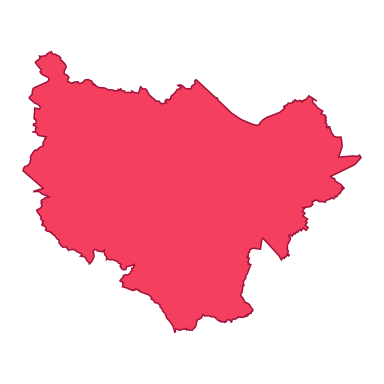 outline of Ameca, Jalisco, Mexico
{"feature_id": "50627088B91562920030226", "entity_name": "Ameca", "entity_type": "district", "adm_level": 2, "iso_a3": "MEX", "parent_name": "Mexico", "parent_adm1": "Jalisco", "projection": "mercator", "projection_center": [-104.087, 20.535], "detail": "fine", "context": "isolated", "style": "filled", "palette": "rose", "viewbox_px": 384, "rotation_deg": 0, "n_neighbors": 0, "source": "geoboundaries", "source_scale": "gbopen_adm2", "svg_char_len": 5861}
<svg xmlns="http://www.w3.org/2000/svg" viewBox="0 0 384 384"><path d="M214.7,96.9L196.3,79.8L195.2,80.3L194.7,81.1L195.4,83.5L191.9,86.0L190.9,88.8L185.8,88.7L181.8,85.3L179.6,84.9L177.9,85.3L181.1,87.7L179.5,89.1L177.5,89.2L174.6,93.2L171.3,95.9L170.2,99.4L169.4,99.2L168.6,100.0L166.7,99.3L165.4,100.3L165.1,101.2L166.5,102.3L166.4,102.9L165.5,102.7L162.4,103.9L160.2,102.7L159.0,101.1L155.6,101.3L155.7,100.5L149.0,94.7L146.6,89.8L145.1,88.8L143.0,89.0L140.5,86.8L138.6,93.1L135.3,92.8L131.7,91.0L131.4,92.5L126.1,92.5L124.3,91.6L124.4,91.1L121.4,90.4L120.9,88.8L119.8,89.5L118.2,89.5L118.5,90.6L114.1,90.8L112.6,89.8L108.1,89.8L105.6,88.3L102.9,87.7L99.2,87.7L95.5,85.6L95.1,84.8L93.3,85.0L93.1,84.4L93.7,83.7L93.0,83.4L91.7,81.1L88.1,79.5L84.8,80.0L83.5,81.8L80.1,83.6L78.1,82.5L78.1,81.7L74.0,82.2L71.2,83.4L70.0,82.2L67.8,81.9L67.8,79.5L69.0,77.4L67.2,75.2L64.3,73.8L64.0,73.2L64.5,70.5L66.2,67.1L65.4,64.5L61.9,60.7L60.9,60.4L60.4,59.6L60.8,58.1L59.1,56.1L56.4,55.2L55.8,54.2L52.8,54.3L51.3,51.8L51.0,52.6L49.7,52.2L46.9,54.0L46.3,55.5L41.3,56.4L39.5,56.1L40.3,57.5L39.6,57.9L39.6,59.0L35.9,61.5L35.3,62.6L41.3,70.1L41.0,72.1L40.2,71.9L40.4,72.6L42.3,74.6L48.6,77.7L48.8,80.2L47.2,81.9L33.5,88.1L32.6,89.8L32.0,94.6L29.3,97.3L29.5,98.6L34.8,103.1L38.2,104.6L40.4,107.2L39.5,109.1L34.8,108.0L34.0,118.7L34.5,119.2L35.4,118.9L36.3,122.2L35.4,123.6L33.5,123.9L33.4,125.4L35.7,126.1L36.6,127.6L35.5,128.2L35.7,129.5L34.9,131.9L32.3,131.8L35.7,132.4L37.3,133.4L37.6,134.7L38.9,135.6L45.4,136.6L45.8,136.7L45.3,137.8L46.0,137.5L43.1,142.4L42.9,144.1L43.5,145.6L39.6,147.5L36.7,150.4L36.0,149.8L34.3,150.6L30.8,155.9L30.4,157.4L31.0,159.5L30.1,161.0L30.1,162.7L27.8,165.6L24.8,166.6L23.7,168.1L23.0,170.8L43.2,188.3L34.2,191.1L33.9,191.6L38.9,191.4L42.6,194.4L47.6,195.9L49.1,197.0L45.2,197.6L44.8,198.6L41.9,199.8L41.1,200.9L42.0,202.1L41.1,202.6L41.9,206.4L39.2,209.1L38.0,209.2L36.7,210.2L38.2,213.3L41.4,217.2L40.7,218.4L41.0,219.3L43.4,221.6L42.4,221.9L42.5,223.3L43.0,223.9L41.9,224.4L42.1,225.2L45.1,226.6L46.3,227.9L46.1,229.2L45.4,229.6L46.3,230.6L48.1,231.6L49.5,231.4L51.2,233.0L51.8,232.5L52.6,234.2L54.9,235.8L57.2,239.0L58.9,239.9L59.2,243.3L62.7,247.2L66.1,246.9L68.6,250.4L69.1,249.8L74.0,249.5L77.2,251.8L81.4,253.8L82.1,254.7L80.5,256.1L84.5,256.9L85.4,257.7L87.3,261.0L89.5,263.2L88.9,264.5L91.9,261.3L93.9,257.1L94.0,254.6L93.1,251.3L95.0,249.4L96.5,249.9L97.3,250.9L102.3,251.8L104.3,250.1L104.1,252.0L104.8,254.7L106.6,256.8L106.5,259.3L106.8,258.9L109.8,259.8L112.7,259.6L117.7,261.6L118.6,263.3L120.6,263.8L120.8,264.7L120.1,265.8L120.5,267.0L121.9,269.0L123.2,269.7L125.8,269.6L126.7,266.7L133.0,265.2L133.9,264.2L134.6,265.5L133.1,267.9L131.7,268.4L132.0,270.7L130.6,271.7L130.1,273.3L127.7,275.0L125.8,274.7L123.5,275.4L122.8,277.7L120.0,280.5L120.0,281.1L123.2,282.4L122.6,283.3L123.0,285.6L122.5,286.8L126.5,287.9L132.1,290.3L134.7,290.3L135.4,288.9L137.2,289.4L137.8,290.3L139.2,290.3L139.8,291.6L149.0,295.0L151.8,297.9L151.9,299.1L151.5,299.2L154.2,300.6L154.2,301.9L155.0,302.8L157.0,302.9L159.7,304.7L160.4,307.5L161.6,308.2L162.9,311.3L165.3,313.9L166.9,318.4L170.4,322.0L173.0,326.1L174.8,332.2L175.5,331.9L175.0,329.9L176.2,329.1L179.8,330.3L183.5,329.0L184.8,329.4L185.4,328.5L186.4,328.4L186.7,330.0L188.6,329.5L189.5,330.2L192.4,330.1L195.6,326.6L197.3,319.7L198.8,319.5L201.4,317.9L202.7,314.9L203.8,314.7L204.4,315.9L208.8,315.8L211.5,316.9L214.3,316.8L216.1,318.6L217.1,318.8L217.8,320.3L219.6,320.6L219.8,321.4L221.0,321.1L221.4,322.0L223.0,321.7L224.7,322.4L225.2,322.3L225.2,321.4L226.5,321.4L227.2,319.5L230.2,320.3L231.3,322.1L231.9,321.6L232.0,319.8L232.7,319.3L234.2,318.9L235.4,319.3L236.7,318.0L238.1,317.8L238.7,316.7L239.6,317.2L243.8,317.3L246.1,315.3L246.0,316.3L246.7,316.4L248.5,314.8L248.2,313.8L251.2,313.2L251.3,312.0L252.6,311.1L252.8,309.3L250.8,307.2L249.7,304.8L247.2,302.9L245.6,302.9L242.5,297.4L241.4,296.6L240.5,294.3L242.0,292.6L242.7,287.6L242.4,286.2L244.0,285.5L243.5,284.5L243.5,281.0L245.6,278.4L246.0,275.2L247.2,274.0L250.8,264.5L248.4,264.2L248.8,262.8L247.9,262.6L249.3,258.1L247.0,257.5L247.3,256.4L248.1,256.6L248.6,252.1L249.5,252.2L250.0,249.2L250.9,249.4L252.7,248.1L260.4,249.2L261.8,239.9L262.8,238.1L279.0,255.7L281.4,260.0L283.3,257.4L284.3,258.3L285.0,256.8L286.1,256.7L286.8,254.8L288.6,255.9L289.2,255.0L287.8,253.5L288.3,250.7L287.0,249.6L287.5,248.5L287.3,245.4L290.4,239.2L290.4,237.5L289.4,237.4L289.6,236.6L288.8,235.4L291.2,235.2L292.3,236.1L294.0,233.2L295.1,234.0L296.7,231.7L297.7,232.4L299.6,229.7L301.2,230.8L303.1,228.1L306.2,230.3L308.2,227.5L305.1,225.4L307.1,222.7L305.5,221.7L307.6,219.1L302.9,215.9L305.0,213.2L302.3,211.3L304.3,208.6L303.2,207.8L310.7,206.5L312.9,204.4L312.2,202.9L312.5,201.5L314.1,201.3L314.5,200.0L317.7,200.5L319.2,201.7L322.4,201.6L325.2,202.2L325.5,201.0L327.2,199.9L330.0,199.2L331.4,197.5L333.4,198.9L334.8,197.8L335.6,196.1L336.7,196.7L339.8,192.7L340.1,193.1L342.5,189.4L341.6,188.5L342.1,187.8L343.7,188.8L344.1,188.2L341.0,184.6L334.9,180.8L334.6,178.5L333.0,178.4L330.6,176.4L354.5,164.8L361.0,157.8L359.6,155.1L357.6,156.4L353.1,155.9L338.6,157.2L342.1,146.9L341.8,141.6L340.9,137.0L336.9,137.2L333.8,136.2L331.3,132.1L329.6,126.8L328.3,126.5L327.8,127.9L326.5,127.3L326.9,124.9L326.3,123.0L325.1,122.6L326.3,120.2L325.1,119.7L326.2,117.3L325.5,117.0L325.3,115.4L321.0,113.9L322.8,111.2L317.0,107.4L316.4,106.1L312.6,102.2L312.6,100.5L313.6,99.2L316.9,101.0L308.9,95.8L306.1,99.3L304.9,100.0L304.2,99.8L302.6,101.6L301.8,101.8L301.9,100.9L299.2,100.4L299.0,101.0L296.6,101.3L296.0,100.2L295.0,99.8L294.6,101.0L293.0,101.2L292.3,103.1L288.0,103.2L287.5,104.6L284.0,106.2L283.7,106.8L284.9,107.5L284.4,108.4L279.7,112.4L266.5,117.5L263.1,119.7L260.0,122.9L258.9,125.1L256.8,125.2L253.6,124.7L241.3,119.6L231.8,113.3L218.1,100.2L217.1,97.8L216.5,98.3L214.7,96.9Z" fill="#f43f5e" stroke="#9f1239" stroke-width="1.5"/></svg>